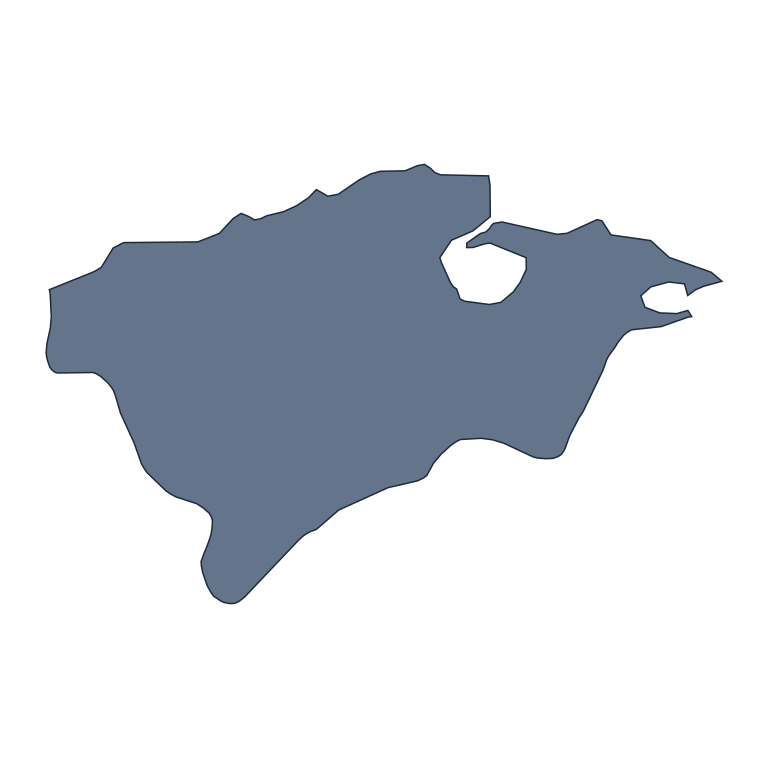 the border of Bizerte
{"feature_id": "TUN-105", "entity_name": "Bizerte", "entity_type": "Governorate", "adm_level": 1, "iso_a3": "TUN", "parent_name": "Tunisia", "parent_adm1": "", "projection": "albers", "projection_center": [9.659, 37.035], "detail": "fine", "context": "isolated", "style": "filled", "palette": "slate", "viewbox_px": 768, "rotation_deg": 0, "n_neighbors": 0, "source": "natural_earth", "source_scale": "10m", "svg_char_len": 2192}
<svg xmlns="http://www.w3.org/2000/svg" viewBox="0 0 768 768"><path d="M49.3,289.7L94.4,271.5L101.3,267.3L113.2,248.0L123.6,242.6L197.9,241.9L219.4,233.4L233.2,218.5L241.1,213.4L248.7,216.5L254.5,219.9L260.7,218.7L266.7,215.8L283.2,211.8L296.4,205.8L308.4,197.8L316.4,189.6L327.8,196.2L338.2,194.3L359.0,180.0L370.7,173.9L380.3,171.3L405.0,170.8L417.5,165.7L424.4,164.4L430.3,168.1L434.8,172.6L440.6,174.8L488.7,175.9L488.8,178.0L490.0,184.7L490.3,216.7L472.9,230.9L451.5,240.2L439.8,257.7L441.6,263.0L450.4,282.4L453.3,286.7L456.6,289.0L460.1,299.0L464.7,301.2L489.4,304.5L500.8,302.4L513.3,291.9L520.2,282.4L526.3,269.3L526.1,257.7L490.1,243.1L484.7,243.8L473.1,247.5L466.7,247.6L466.7,243.2L480.4,233.5L485.8,232.0L489.2,228.8L491.6,225.3L493.6,223.4L502.1,222.0L556.9,234.3L567.1,233.3L597.1,219.6L601.9,220.8L611.0,234.9L650.7,240.6L669.1,257.4L711.1,272.2L721.9,281.3L703.9,286.2L695.5,289.8L687.7,295.5L684.5,283.9L668.8,282.0L650.8,286.9L640.8,295.8L645.0,307.3L659.8,312.9L676.9,313.6L687.8,310.4L691.7,316.6L688.1,317.1L661.2,326.6L631.7,329.8L627.6,332.0L623.6,335.2L618.0,342.3L614.5,348.0L609.6,354.6L607.8,357.5L606.5,360.2L602.8,370.6L583.2,411.4L578.8,418.2L569.7,435.7L565.4,447.6L564.4,449.9L563.0,452.2L561.1,454.6L557.8,456.7L553.0,458.4L545.6,458.7L537.3,458.0L533.3,457.0L503.3,443.0L492.5,439.8L481.1,438.3L460.4,439.5L456.3,441.6L451.1,445.1L441.2,454.1L433.5,463.2L426.8,475.5L423.1,478.2L417.7,480.8L387.9,487.7L338.8,510.0L316.2,529.5L310.0,531.7L304.5,534.9L299.3,539.4L244.6,597.0L239.3,601.2L236.6,602.6L234.0,603.4L231.4,603.6L229.0,603.5L223.9,602.4L221.3,601.3L213.7,596.3L210.7,592.0L207.2,585.7L202.6,572.3L201.4,565.9L201.1,561.5L204.4,552.4L205.7,549.5L206.8,546.5L208.0,543.5L210.1,537.5L211.2,533.3L212.0,528.4L212.4,522.7L212.3,519.9L211.1,516.5L209.1,513.1L203.5,508.1L196.7,503.7L176.4,497.1L171.0,494.3L165.8,490.7L147.1,472.7L144.3,468.7L141.4,463.6L134.2,443.1L120.5,413.1L115.4,395.6L113.3,390.2L110.8,386.5L107.6,382.6L100.6,376.4L96.5,373.8L92.9,372.5L57.7,373.0L55.2,372.4L52.5,370.5L50.0,367.5L47.7,361.2L46.7,357.1L46.1,353.1L47.0,343.2L50.3,328.0L51.3,317.2L50.1,292.9L49.3,289.7Z" fill="#64748b" stroke="#1e293b" stroke-width="1.5"/></svg>